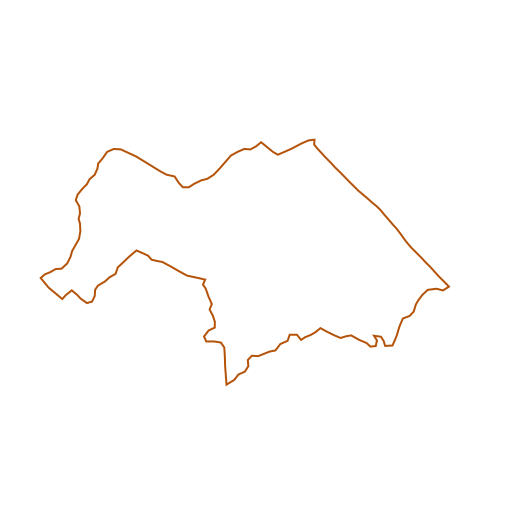 Recife, Pernambuco, Brazil (Mercator projection), rotated 293°
{"feature_id": "56859067B84901972140981", "entity_name": "Recife", "entity_type": "district", "adm_level": 2, "iso_a3": "BRA", "parent_name": "Brazil", "parent_adm1": "Pernambuco", "projection": "mercator", "projection_center": [-34.943, -8.042], "detail": "fine", "context": "isolated", "style": "outline", "palette": "amber", "viewbox_px": 512, "rotation_deg": 293, "n_neighbors": 0, "source": "geoboundaries", "source_scale": "gbopen_adm2", "svg_char_len": 2259}
<svg xmlns="http://www.w3.org/2000/svg" viewBox="0 0 512 512"><g transform="rotate(293 256 256)"><path d="M157.9,243.6L161.0,250.9L162.6,257.5L159.4,262.5L155.0,264.8L150.0,267.2L142.8,270.5L126.1,279.1L133.4,284.4L140.0,286.1L145.1,290.9L151.6,292.0L157.1,289.1L162.6,291.2L164.7,297.2L168.9,301.4L173.2,305.7L176.7,310.8L184.5,312.8L190.2,318.2L196.7,317.8L199.5,324.4L196.4,330.3L200.5,333.0L204.8,337.3L209.1,340.5L214.8,343.5L214.1,350.3L213.6,358.5L213.6,365.9L217.3,370.3L220.1,374.6L219.1,384.0L219.1,391.9L217.3,396.7L219.9,401.4L225.6,400.3L228.7,395.8L230.5,402.6L227.6,406.8L223.7,410.0L226.9,416.6L233.2,416.7L238.0,416.6L247.2,415.6L255.8,415.6L260.8,420.8L266.4,422.9L273.7,422.1L278.6,422.7L285.2,424.3L292.0,427.4L296.4,435.0L297.4,441.6L303.2,445.6L306.0,438.9L308.6,432.4L310.9,427.4L314.3,420.1L316.7,414.0L318.7,409.7L321.3,403.3L324.3,395.8L328.1,388.2L332.6,380.8L336.1,374.8L338.3,369.8L340.6,365.3L344.0,358.3L347.2,352.1L349.0,347.4L350.5,342.2L352.4,336.7L354.2,330.9L356.0,324.9L358.4,319.0L360.9,312.7L365.6,301.5L368.3,294.5L370.8,289.0L374.5,280.2L378.8,270.7L381.3,266.0L385.9,264.4L383.1,259.4L377.6,254.1L368.3,246.5L357.8,236.6L358.4,231.2L360.2,225.0L362.7,216.3L356.8,213.1L351.9,209.2L350.0,203.4L344.6,198.3L338.6,193.6L328.9,190.5L321.6,188.1L314.0,185.2L307.8,180.8L304.4,176.2L298.2,170.8L293.0,167.3L290.7,161.9L293.0,156.6L297.4,150.0L295.9,141.8L296.6,134.5L299.7,114.0L300.8,106.6L301.3,89.8L298.9,83.2L293.7,78.3L285.4,76.5L279.4,74.6L274.5,75.9L267.8,75.8L261.7,72.8L256.0,72.3L249.7,69.8L242.8,67.8L237.0,68.3L232.6,74.0L226.4,77.4L220.9,78.2L216.9,81.4L210.3,84.6L202.6,86.4L195.6,85.6L188.8,84.8L182.7,85.6L175.3,85.1L168.4,82.0L165.7,76.7L160.5,72.7L156.6,68.8L151.6,66.4L145.9,77.4L140.7,94.5L145.9,96.3L152.4,99.8L150.3,106.7L148.3,111.1L146.6,118.8L150.0,122.9L156.1,123.2L162.1,121.1L167.0,122.1L173.5,126.9L179.2,129.5L184.7,133.7L191.5,133.2L197.2,135.8L206.1,139.6L214.4,143.8L214.3,151.6L214.1,156.6L211.8,161.3L212.6,166.0L213.9,172.1L213.1,181.2L212.0,190.2L211.0,200.2L212.0,205.5L213.4,212.6L214.4,218.4L208.9,218.4L206.3,222.5L200.3,227.9L194.5,234.1L188.6,234.2L184.2,239.6L179.4,243.8L174.0,246.0L168.9,241.5L161.6,239.6L157.9,243.6Z" fill="none" stroke="#b45309" stroke-width="2"/></g></svg>